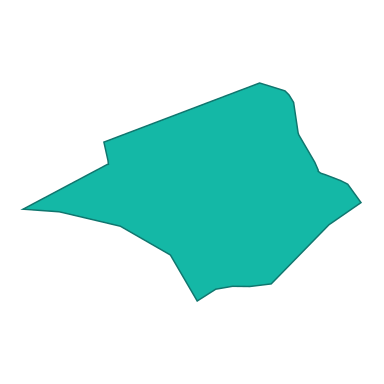 SVG path tracing the border of Christ Church
{"feature_id": "BRB-1989", "entity_name": "Christ Church", "entity_type": "Parish", "adm_level": 1, "iso_a3": "BRB", "parent_name": "Barbados", "parent_adm1": "", "projection": "albers", "projection_center": [-59.519, 13.09], "detail": "fine", "context": "isolated", "style": "filled", "palette": "teal", "viewbox_px": 384, "rotation_deg": 0, "n_neighbors": 0, "source": "natural_earth", "source_scale": "10m", "svg_char_len": 475}
<svg xmlns="http://www.w3.org/2000/svg" viewBox="0 0 384 384"><path d="M361.0,202.6L329.0,224.7L271.2,283.9L249.8,286.5L232.5,286.3L215.7,289.2L197.2,301.0L170.4,255.0L120.3,226.2L59.3,211.8L23.0,209.2L107.2,164.5L108.4,164.3L108.0,160.6L103.9,142.1L259.6,83.0L285.0,90.9L289.0,94.9L293.6,102.4L298.1,132.8L298.8,134.9L314.8,162.3L318.2,170.1L318.1,171.2L320.7,173.2L325.3,174.7L340.8,180.7L347.7,184.2L361.0,202.6Z" fill="#14b8a6" stroke="#0f766e" stroke-width="1.5"/></svg>